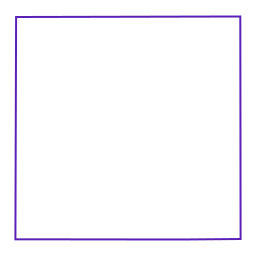 outline of Terry, Texas, United States of America
{"feature_id": "52423323B33800517044511", "entity_name": "Terry", "entity_type": "district", "adm_level": 2, "iso_a3": "USA", "parent_name": "United States of America", "parent_adm1": "Texas", "projection": "albers", "projection_center": [-102.271, 33.174], "detail": "fine", "context": "isolated", "style": "outline", "palette": "violet", "viewbox_px": 256, "rotation_deg": 0, "n_neighbors": 0, "source": "geoboundaries", "source_scale": "gbopen_adm2", "svg_char_len": 194}
<svg xmlns="http://www.w3.org/2000/svg" viewBox="0 0 256 256"><path d="M240.3,16.5L16.1,17.0L15.4,239.3L183.2,239.5L240.6,239.0L240.3,16.5Z" fill="none" stroke="#5b21b6" stroke-width="2"/></svg>